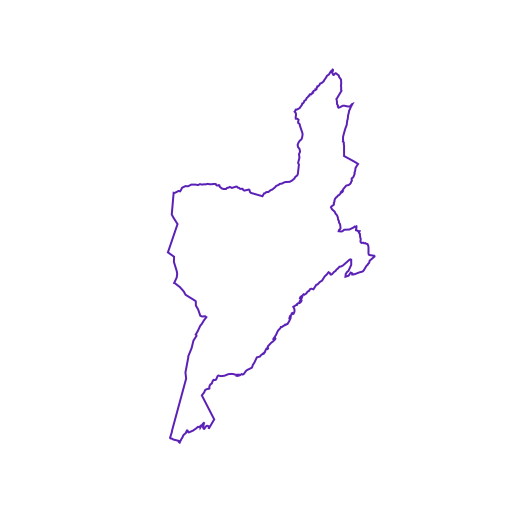 the district of Samburu North, Rift Valley, Kenya, rotated 210°
{"feature_id": "3690345B53062225546696", "entity_name": "Samburu North", "entity_type": "district", "adm_level": 2, "iso_a3": "KEN", "parent_name": "Kenya", "parent_adm1": "Rift Valley", "projection": "equal_earth", "projection_center": [36.739, 1.705], "detail": "fine", "context": "isolated", "style": "outline", "palette": "violet", "viewbox_px": 512, "rotation_deg": 210, "n_neighbors": 0, "source": "geoboundaries", "source_scale": "gbopen_adm2", "svg_char_len": 6114}
<svg xmlns="http://www.w3.org/2000/svg" viewBox="0 0 512 512"><g transform="rotate(210 256 256)"><path d="M211.7,84.9L210.6,82.7L210.5,93.6L233.2,108.2L232.7,111.9L233.0,114.4L232.8,115.0L231.6,116.6L230.4,117.4L230.1,118.0L231.0,119.3L231.3,120.7L231.2,122.3L230.5,123.5L231.0,125.9L230.8,127.5L229.4,128.1L228.8,129.0L229.2,132.7L228.9,133.6L226.4,134.4L225.3,135.1L223.3,136.7L221.1,139.6L219.2,141.1L217.0,142.3L214.1,143.0L212.4,144.1L212.6,142.7L212.0,142.9L210.3,144.7L209.4,146.6L208.4,146.6L208.1,146.8L207.5,148.0L207.3,151.1L206.7,152.8L203.8,157.1L203.8,158.2L204.3,160.0L204.1,162.8L204.6,168.6L202.3,170.9L202.2,172.3L201.4,174.3L201.1,175.1L200.7,174.9L200.4,175.2L200.6,176.6L200.2,177.0L200.2,177.5L200.6,178.6L200.6,181.9L200.2,181.0L199.9,180.9L199.5,181.1L199.3,182.0L200.3,182.9L200.5,183.9L199.5,188.4L198.5,190.6L197.8,193.5L197.9,194.2L198.2,194.4L198.7,194.1L199.2,192.6L199.5,192.7L199.2,197.7L199.6,201.6L199.5,203.0L198.8,205.7L199.0,206.9L197.9,207.7L197.2,209.5L196.6,210.1L196.5,211.0L195.8,211.2L195.7,212.0L194.8,212.7L194.7,213.4L194.7,216.9L195.0,219.5L195.4,220.4L196.1,219.4L196.5,220.8L195.9,223.2L196.4,224.1L196.0,224.8L195.0,224.4L194.6,224.7L194.8,226.7L195.2,227.8L196.4,229.4L198.3,230.6L196.8,233.4L196.1,234.1L196.5,234.6L196.1,235.8L194.9,236.9L195.5,238.6L195.4,239.3L194.3,238.5L194.1,239.1L194.3,240.2L195.3,241.2L195.5,243.1L196.1,242.7L196.5,241.3L196.8,241.3L197.0,242.9L196.0,244.9L195.7,246.6L194.8,246.6L193.7,248.7L193.5,250.9L192.5,252.6L192.7,253.7L192.6,254.3L191.8,255.3L189.6,255.9L189.4,261.2L188.5,262.1L187.8,265.2L186.5,267.7L186.3,272.7L185.4,275.6L185.1,278.2L183.7,278.2L182.3,277.3L181.8,277.3L181.1,278.2L180.4,281.4L179.7,282.6L179.5,284.5L178.8,286.2L178.4,288.5L177.3,289.2L176.0,291.2L173.1,299.7L172.5,300.3L171.7,300.4L169.1,295.9L168.5,289.2L169.1,288.1L169.3,285.3L168.2,282.8L166.0,285.1L165.7,289.0L164.0,289.1L163.5,289.0L163.4,288.1L162.9,288.3L161.5,289.5L158.2,293.6L156.4,295.3L155.7,296.4L155.5,297.6L155.4,303.0L154.9,304.2L155.0,305.2L154.6,306.6L155.2,308.8L153.1,314.8L153.4,315.2L153.8,315.3L158.2,313.6L159.0,313.6L159.9,314.5L162.8,319.6L163.9,321.0L165.4,322.1L166.7,321.7L167.6,321.9L168.9,321.0L169.9,321.1L171.0,320.1L172.1,320.2L172.9,321.0L173.8,323.1L175.2,324.4L177.2,327.2L178.6,327.6L178.7,329.3L180.5,328.5L181.2,328.7L182.3,328.3L182.6,328.7L182.9,330.0L183.6,331.6L183.9,331.9L184.6,330.8L185.3,330.8L185.8,329.4L188.4,325.6L192.8,322.8L193.5,320.8L194.3,319.9L196.8,318.8L197.1,319.8L196.7,321.4L196.7,322.4L199.1,325.6L200.9,326.5L201.9,328.0L203.0,328.5L204.6,330.5L206.3,331.8L208.2,332.4L210.0,333.7L213.6,334.5L215.5,335.7L215.4,336.8L214.3,339.1L214.4,339.9L215.2,340.9L215.2,342.3L215.8,343.3L216.1,345.0L216.0,346.4L215.4,347.9L215.3,349.2L214.5,350.4L214.0,353.2L213.2,354.6L213.2,355.2L214.2,354.7L213.8,356.4L213.9,357.2L213.1,362.0L211.2,363.9L210.5,365.6L210.4,366.8L210.7,367.8L210.6,369.2L211.6,370.3L211.9,371.1L211.3,372.4L211.2,373.4L211.7,376.6L212.4,377.4L212.6,379.0L213.8,381.9L213.8,384.5L213.6,386.7L216.9,386.9L229.7,386.6L235.1,395.9L235.7,396.4L236.6,398.1L238.0,398.6L238.0,399.3L238.8,400.2L240.3,403.0L242.2,410.2L243.0,414.9L244.7,418.9L245.2,421.0L246.5,423.6L247.0,425.6L248.0,428.4L248.1,430.7L248.4,431.9L248.5,435.9L248.8,435.5L249.4,432.4L251.5,431.3L254.7,430.3L256.0,429.5L257.6,426.9L258.7,425.7L259.8,426.2L260.2,427.3L261.7,428.0L263.4,430.6L264.9,432.2L264.7,433.0L264.6,441.9L265.5,442.6L266.5,444.6L267.4,445.6L268.5,448.1L270.6,451.3L273.5,452.6L274.6,453.7L278.3,454.2L278.9,453.2L279.1,451.8L279.5,451.5L281.7,452.8L282.0,455.0L282.8,456.0L282.9,456.7L282.9,454.6L283.5,453.4L283.6,449.7L284.7,447.3L284.5,446.3L284.9,441.6L284.7,441.2L285.6,438.7L286.7,437.4L286.6,435.5L286.9,434.5L287.7,433.6L287.3,433.0L287.6,432.4L287.5,431.8L287.0,430.9L287.2,430.4L287.9,430.0L287.5,429.3L288.6,427.8L288.9,425.9L288.8,425.5L288.4,425.5L289.0,424.3L288.9,423.8L289.1,423.4L290.1,423.1L290.3,421.8L290.0,421.4L290.4,421.0L290.7,419.0L291.1,418.2L290.9,416.0L291.7,414.6L291.4,413.0L291.6,411.7L292.2,411.2L291.8,409.9L292.2,405.8L293.9,403.1L294.6,402.9L294.8,401.9L294.5,401.0L294.7,400.3L293.1,399.7L292.5,399.1L291.6,397.7L291.2,396.2L290.2,394.8L288.9,395.5L287.3,395.3L286.4,392.8L285.7,392.2L285.0,392.3L284.0,391.9L283.1,390.8L277.2,385.6L276.3,384.3L275.3,381.6L275.0,380.0L275.8,377.4L275.9,375.4L275.5,373.0L274.1,371.4L271.9,370.5L270.0,368.4L269.7,365.7L267.5,362.8L266.1,357.7L264.5,356.6L260.7,347.7L260.6,346.3L261.5,344.2L261.5,342.3L262.6,339.2L264.0,337.0L267.5,334.8L269.0,333.0L269.8,331.6L271.6,330.2L271.9,329.0L273.6,326.7L273.8,325.2L275.1,321.7L276.3,320.3L277.2,317.7L279.0,316.5L279.5,314.9L280.3,314.3L280.3,311.0L292.0,308.1L293.4,308.5L294.5,309.8L295.4,310.0L298.8,306.8L300.0,306.8L301.3,307.5L303.2,306.2L304.9,306.5L306.0,306.1L307.0,306.5L307.8,306.3L310.9,302.9L313.1,302.8L313.9,301.6L315.2,300.4L315.5,299.0L317.6,297.8L319.3,297.4L322.2,297.9L323.0,298.9L323.7,298.8L324.3,298.0L325.2,297.5L326.0,297.6L326.8,298.2L327.8,297.8L331.3,295.3L334.1,294.2L335.5,292.8L337.2,291.9L338.3,290.9L340.5,290.2L341.6,288.5L344.2,287.5L347.6,285.6L349.8,282.3L352.0,281.3L354.0,278.4L354.2,277.8L354.0,276.6L354.0,274.1L355.5,273.7L358.2,269.6L358.9,269.5L349.7,249.8L346.4,247.8L339.9,244.4L334.1,215.1L326.6,214.4L324.1,209.8L317.0,203.2L315.2,200.9L313.9,197.7L313.4,191.7L312.7,191.9L306.3,191.0L300.9,189.2L297.6,187.2L285.8,186.8L285.3,186.4L283.3,183.0L279.4,180.8L274.4,176.4L272.3,176.7L269.9,178.4L268.4,178.2L268.9,174.4L269.0,169.7L269.4,168.0L268.9,161.9L268.9,157.8L268.1,157.7L267.6,157.0L267.9,151.6L265.7,144.0L264.5,135.2L264.0,134.5L258.9,119.9L255.2,114.9L241.6,63.5L240.7,60.8L239.5,55.5L238.6,55.3L237.6,55.8L235.9,55.7L230.4,57.3L230.0,56.4L228.8,56.2L229.1,59.8L229.0,62.5L229.3,64.5L228.2,68.0L228.6,69.3L228.5,70.5L228.0,70.6L226.5,69.5L226.0,69.6L223.3,73.2L221.6,76.8L220.9,79.0L219.6,79.5L219.2,80.7L218.4,79.6L218.3,82.5L217.9,85.1L217.4,86.1L217.4,82.3L216.7,82.9L216.1,81.0L215.2,80.4L214.5,80.3L214.3,80.7L214.2,83.0L213.8,84.2L213.3,84.6L211.7,84.9Z" fill="none" stroke="#5b21b6" stroke-width="2"/></g></svg>